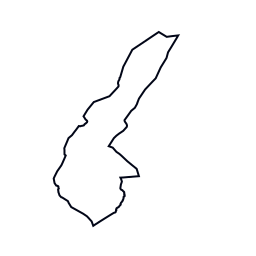 Yaruu, Dzavhan, Mongolia, rotated 144°
{"feature_id": "93677404B11621304927066", "entity_name": "Yaruu", "entity_type": "district", "adm_level": 2, "iso_a3": "MNG", "parent_name": "Mongolia", "parent_adm1": "Dzavhan", "projection": "natural_earth1", "projection_center": [96.632, 48.153], "detail": "fine", "context": "isolated", "style": "outline", "palette": "ink", "viewbox_px": 256, "rotation_deg": 144, "n_neighbors": 0, "source": "geoboundaries", "source_scale": "gbopen_adm2", "svg_char_len": 4448}
<svg xmlns="http://www.w3.org/2000/svg" viewBox="0 0 256 256"><g transform="rotate(144 128 128)"><path d="M217.8,130.8L219.8,126.6L219.8,126.3L219.9,123.6L219.7,123.4L219.5,123.2L219.4,123.0L219.2,122.9L219.1,122.7L219.1,122.4L218.9,122.2L218.7,122.0L218.7,121.9L218.8,121.7L218.8,121.4L219.0,121.2L219.2,120.7L219.3,120.6L219.4,120.4L219.5,120.3L219.6,119.9L219.8,119.8L219.8,119.7L220.1,119.7L220.3,119.5L220.4,119.4L220.7,119.2L220.9,119.1L220.9,118.9L221.0,118.7L221.2,118.4L221.3,118.2L221.4,117.9L221.5,117.7L221.7,117.4L221.8,117.4L222.0,117.1L222.1,116.6L223.0,113.7L222.7,111.2L222.1,110.5L219.6,104.2L219.8,103.2L220.0,102.6L220.3,98.8L220.3,98.7L220.4,97.4L214.7,85.1L213.1,80.7L212.7,77.6L212.7,77.2L212.3,73.8L212.4,73.5L213.6,69.3L211.3,69.2L211.2,69.2L209.4,69.1L208.8,69.0L206.9,69.0L206.8,68.9L205.9,68.9L199.8,68.5L198.5,68.4L193.0,68.0L189.4,67.7L188.3,67.3L188.1,67.2L187.9,67.2L187.7,67.2L187.3,67.3L187.0,67.6L186.6,67.9L186.4,68.1L186.2,68.1L185.9,68.2L185.8,68.3L185.7,68.4L185.7,68.5L185.8,68.7L185.8,68.8L185.7,68.9L185.5,69.0L185.3,69.1L185.0,69.3L184.9,69.5L184.7,69.7L184.3,69.8L184.1,69.7L183.9,69.7L183.7,69.7L183.5,69.8L183.2,69.8L183.0,69.7L182.9,69.7L182.7,69.6L182.4,69.6L182.1,69.5L181.9,69.6L180.6,70.0L180.4,70.0L180.2,70.1L179.9,70.1L179.7,70.1L179.4,70.2L179.2,70.2L179.1,70.3L178.9,70.4L178.9,70.6L178.8,70.9L178.7,71.0L178.3,71.2L177.9,71.4L177.7,71.5L177.4,71.7L177.2,71.7L176.9,71.7L176.6,71.8L176.2,71.9L176.0,72.0L175.9,72.1L175.7,72.2L175.3,72.2L175.2,72.2L175.0,72.3L174.9,72.4L174.7,72.5L174.5,72.8L174.3,72.8L174.2,72.9L174.0,73.0L173.8,73.1L173.7,73.2L173.5,73.3L173.4,73.4L173.3,73.5L173.2,73.6L172.9,73.8L172.8,74.0L172.7,74.1L172.5,74.3L172.4,74.4L172.3,74.5L172.2,74.7L172.1,74.8L171.9,74.9L171.8,75.0L171.6,75.0L171.4,74.9L171.1,74.8L170.9,74.8L170.6,75.0L170.4,75.3L170.3,76.1L170.2,76.4L170.0,76.6L169.9,76.7L169.7,76.7L169.7,76.8L169.6,77.0L169.5,77.3L169.4,77.6L169.3,77.8L169.1,77.9L168.9,78.1L168.8,78.3L168.8,78.5L168.8,78.8L168.8,79.0L168.9,79.3L169.0,79.5L169.1,80.1L169.1,80.4L169.1,80.6L169.1,80.8L169.2,81.0L169.3,81.4L169.5,81.6L169.6,81.8L169.7,82.0L169.8,82.2L169.8,82.5L169.8,83.2L169.7,83.6L169.5,83.9L169.4,84.0L167.6,85.8L166.9,86.5L165.3,87.6L164.8,88.0L164.4,88.3L163.6,90.7L163.3,92.3L160.5,90.5L156.0,87.8L155.8,87.6L155.7,87.6L155.2,87.3L155.1,87.2L153.1,86.0L152.9,85.9L147.5,82.6L145.5,88.4L145.1,89.7L145.0,89.9L146.6,95.8L148.1,101.6L149.3,108.0L149.6,109.6L150.2,112.2L151.4,115.5L151.9,121.1L154.3,124.6L145.4,128.1L141.9,128.6L138.5,128.7L133.5,128.5L128.4,129.6L128.0,129.9L127.7,130.2L127.5,130.4L127.3,130.7L127.2,131.0L127.0,131.5L126.9,131.8L126.9,132.1L126.8,132.5L126.8,132.9L126.8,133.8L126.8,134.0L126.8,134.6L126.7,135.0L126.7,135.3L126.6,135.7L126.5,135.9L126.2,136.4L120.4,138.3L115.3,140.0L112.3,140.2L110.6,140.3L106.9,142.0L105.5,142.9L105.5,143.0L101.9,145.3L99.8,146.1L99.7,146.1L95.9,147.5L91.5,149.1L83.1,150.7L81.0,151.1L76.4,151.9L65.9,157.8L55.7,162.0L51.1,165.7L44.8,168.3L34.9,172.5L34.1,172.9L34.0,173.0L33.0,173.4L38.1,176.3L43.1,179.0L46.7,187.6L78.5,188.8L93.6,181.4L95.7,180.4L104.4,173.7L104.7,173.6L104.9,173.5L105.2,173.5L105.3,173.4L105.5,173.4L105.7,173.2L105.9,172.9L106.1,172.6L106.3,172.4L106.7,172.2L107.1,172.0L107.6,171.8L107.9,171.7L108.1,171.5L108.4,171.4L109.0,170.9L109.3,170.6L109.5,170.4L109.8,170.1L109.9,169.9L110.0,169.6L110.3,168.9L110.3,168.7L110.3,168.4L110.5,168.1L110.8,167.8L111.2,167.3L111.3,167.2L114.0,166.6L124.3,164.6L140.4,169.1L146.5,167.5L149.9,166.6L154.0,164.9L157.1,163.6L157.2,161.4L157.3,160.5L157.3,159.9L157.2,159.6L157.2,159.3L157.1,158.9L156.9,158.2L156.9,157.9L157.0,157.6L157.0,157.4L157.3,157.1L157.5,157.0L157.7,156.8L157.9,156.7L158.2,156.7L158.6,156.7L158.9,156.6L159.3,156.6L159.7,156.5L159.9,156.5L160.1,156.6L160.3,156.6L160.6,156.6L160.9,156.5L161.2,156.5L161.3,156.4L161.5,156.3L161.8,156.2L162.0,156.2L162.3,156.1L162.5,156.2L162.7,156.3L162.9,156.4L163.1,156.4L163.3,156.5L163.5,156.6L163.8,156.7L164.0,156.8L164.3,157.0L164.6,157.2L164.9,157.3L165.0,157.3L165.3,157.3L165.7,157.5L165.9,157.7L166.1,157.9L166.2,158.1L166.6,158.5L171.3,157.0L173.5,156.4L173.8,156.3L176.3,155.5L177.6,155.1L182.0,154.8L183.2,154.1L184.3,153.4L191.4,149.1L192.3,147.6L194.3,144.8L194.9,143.9L194.8,143.3L194.7,143.2L194.6,142.9L194.5,142.5L194.5,142.4L198.0,140.3L200.6,138.8L200.7,138.7L203.8,137.0L210.7,134.6L215.9,131.9L217.8,130.8Z" fill="none" stroke="#020617" stroke-width="2"/></g></svg>